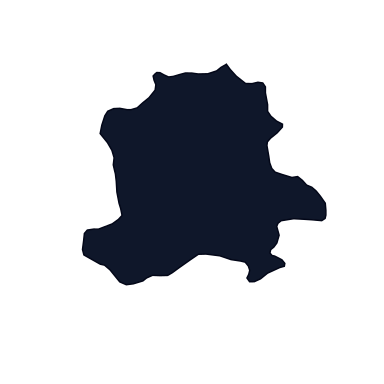 outline of Radoviš, rotated 321°
{"feature_id": "MKD-2905", "entity_name": "Radoviš", "entity_type": "Statistical Region", "adm_level": 1, "iso_a3": "MKD", "parent_name": "North Macedonia", "parent_adm1": "", "projection": "natural_earth1", "projection_center": [22.489, 41.639], "detail": "fine", "context": "isolated", "style": "filled", "palette": "ink", "viewbox_px": 384, "rotation_deg": 321, "n_neighbors": 0, "source": "natural_earth", "source_scale": "10m", "svg_char_len": 1773}
<svg xmlns="http://www.w3.org/2000/svg" viewBox="0 0 384 384"><g transform="rotate(321 192 192)"><path d="M145.2,126.9L147.9,121.4L153.0,116.4L156.0,109.2L157.4,100.4L157.4,88.8L164.0,83.3L172.3,77.9L176.8,76.4L177.3,76.2L183.6,77.9L188.6,81.6L193.3,87.1L196.3,89.6L202.3,92.1L210.2,91.7L217.9,91.7L227.5,89.6L231.5,85.8L232.9,81.2L234.8,77.4L237.5,77.0L239.8,77.0L242.2,79.1L243.9,83.3L246.2,87.9L250.2,90.4L256.2,92.9L261.8,95.4L266.8,99.6L271.1,104.2L278.7,110.1L287.4,113.4L293.0,113.4L298.4,114.3L299.1,114.3L298.8,120.8L299.3,129.9L301.9,141.4L306.9,145.6L312.3,148.2L315.6,151.8L315.2,156.5L311.4,161.2L305.7,171.7L301.5,176.9L301.0,182.7L302.3,190.0L305.0,196.2L303.1,198.4L295.4,199.6L286.8,199.6L282.1,200.5L279.5,203.0L274.1,212.6L270.8,218.1L268.8,223.9L269.1,228.9L273.1,235.2L278.8,243.6L283.8,246.5L285.1,252.4L285.4,258.7L288.1,263.7L289.1,269.5L289.1,276.2L288.5,284.6L284.5,290.5L281.5,294.2L278.8,296.3L274.8,295.9L267.9,289.2L261.5,283.3L254.2,276.7L243.2,270.4L239.2,270.4L236.2,272.0L232.5,280.4L225.9,285.0L220.9,286.3L216.9,286.3L214.2,288.4L214.2,291.7L215.9,293.8L217.6,297.6L219.2,301.3L219.2,305.9L217.0,307.8L212.6,305.9L199.6,302.6L190.6,302.6L184.0,300.9L180.3,298.0L180.6,293.4L184.3,291.7L187.6,289.2L189.2,285.0L189.2,280.0L186.3,276.2L179.8,269.1L173.5,259.1L163.8,249.0L157.8,244.4L147.9,243.6L134.2,242.7L125.9,242.3L120.6,241.5L114.6,236.9L108.9,231.9L102.6,230.2L97.9,230.2L90.8,227.3L88.6,226.4L82.6,222.7L79.3,216.4L79.3,210.1L79.3,200.9L78.0,193.8L75.3,190.4L71.0,179.5L68.4,172.9L70.7,167.8L77.3,161.5L82.3,156.5L86.7,155.7L92.3,159.0L95.9,162.0L102.3,164.1L110.0,166.6L117.6,167.0L122.9,166.2L126.2,159.9L128.2,154.9L133.6,144.8L139.9,136.0L143.9,129.7L145.2,126.9Z" fill="#0f172a" stroke="#020617" stroke-width="1.5"/></g></svg>